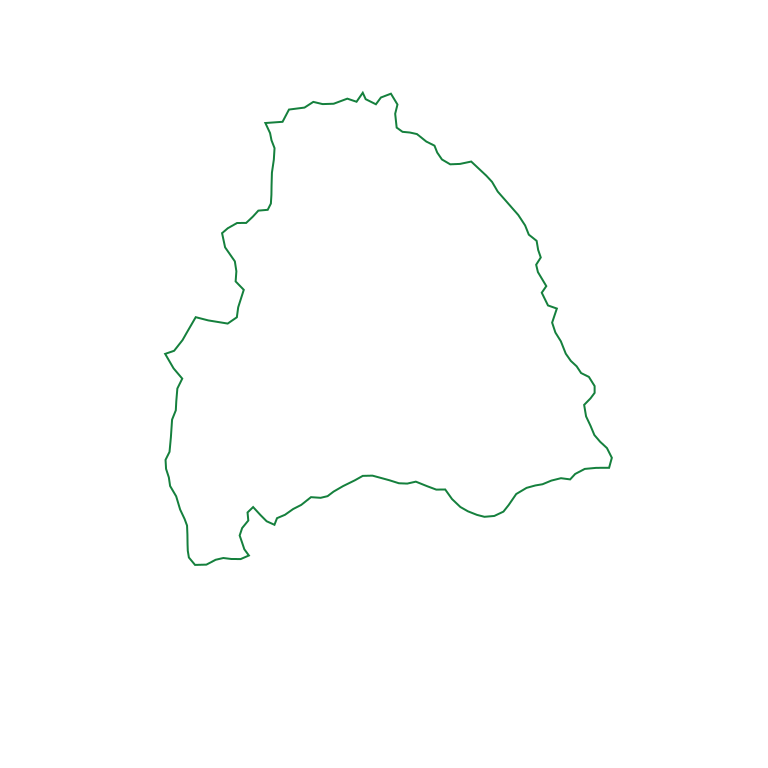 the district of Extrema, Minas Gerais, Brazil, rotated 121°
{"feature_id": "56859067B84914412130359", "entity_name": "Extrema", "entity_type": "district", "adm_level": 2, "iso_a3": "BRA", "parent_name": "Brazil", "parent_adm1": "Minas Gerais", "projection": "orthographic", "projection_center": [-46.281, -22.812], "detail": "fine", "context": "isolated", "style": "outline", "palette": "green", "viewbox_px": 768, "rotation_deg": 121, "n_neighbors": 0, "source": "geoboundaries", "source_scale": "gbopen_adm2", "svg_char_len": 2158}
<svg xmlns="http://www.w3.org/2000/svg" viewBox="0 0 768 768"><g transform="rotate(121 384 384)"><path d="M492.6,366.5L481.6,359.4L473.7,354.9L468.5,346.7L466.0,337.9L463.7,329.7L461.4,320.1L457.4,312.8L451.3,306.4L449.4,294.5L447.6,284.8L442.9,277.2L447.6,266.4L450.1,255.2L449.9,246.5L448.3,236.9L446.1,229.5L440.3,221.5L431.9,215.9L423.5,214.8L410.2,214.0L399.6,208.3L393.0,202.0L388.3,196.5L380.6,190.8L373.6,183.8L369.9,175.3L362.6,173.8L353.4,168.2L346.5,158.8L339.9,147.9L329.9,150.7L324.1,159.9L322.2,169.0L319.4,177.4L313.5,185.4L307.7,194.1L298.8,201.7L290.0,199.6L283.1,198.9L277.3,202.4L272.4,212.0L273.1,220.7L269.6,228.0L268.0,235.7L264.4,243.8L256.3,254.4L251.6,263.6L244.8,271.5L230.3,274.7L232.2,283.9L224.5,295.8L216.5,295.3L208.8,309.7L203.4,315.0L194.8,314.8L189.7,320.9L182.7,326.9L181.4,336.8L175.4,344.7L170.0,355.9L160.5,385.6L155.1,395.5L152.8,403.4L148.4,423.8L156.2,432.2L161.6,440.4L161.7,450.0L158.2,457.6L153.7,463.5L154.4,472.6L152.8,484.5L155.1,491.3L158.3,498.0L157.7,505.2L146.6,513.6L137.5,516.4L131.6,527.6L140.0,534.2L148.4,535.0L149.3,546.4L145.3,552.2L156.2,552.9L158.3,562.4L169.7,571.5L175.7,580.8L178.6,589.9L188.0,594.5L197.7,606.8L211.5,606.0L221.4,620.1L227.6,610.9L233.0,606.0L238.2,599.3L248.4,594.0L260.6,588.9L271.8,582.6L279.9,577.9L287.6,573.9L294.6,573.4L300.1,581.0L308.0,582.6L316.9,585.1L321.7,592.9L330.9,598.1L338.1,600.5L348.7,590.6L355.7,575.0L363.4,568.6L372.5,564.0L375.5,552.7L393.3,548.5L402.6,544.5L412.7,549.1L420.0,567.4L423.7,579.8L442.1,579.5L450.1,579.3L463.6,581.0L470.9,587.1L479.0,572.4L483.3,559.7L494.3,558.8L505.7,553.2L513.8,548.9L523.7,547.3L539.3,539.3L552.6,532.9L561.5,532.2L569.0,527.1L574.9,520.3L581.6,514.8L587.3,504.3L596.6,494.1L602.4,485.4L606.8,479.9L614.4,474.9L622.3,470.0L628.0,466.3L633.2,461.9L636.4,452.8L630.3,443.2L621.4,437.8L615.9,432.1L612.7,424.9L607.9,416.7L600.6,411.5L597.6,418.6L592.9,424.1L588.2,429.7L580.5,431.4L570.9,430.0L564.4,434.8L556.9,432.8L559.9,422.6L562.1,413.9L561.1,405.4L554.1,406.6L547.1,401.5L538.0,397.5L530.3,392.7L518.6,388.3L514.2,379.7L509.2,374.6L502.2,371.8L492.6,366.5Z" fill="none" stroke="#15803d" stroke-width="2"/></g></svg>